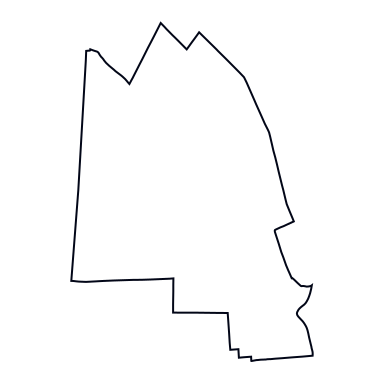 U Minh, Cà Mau, Vietnam
{"feature_id": "81297802B9286931688743", "entity_name": "U Minh", "entity_type": "district", "adm_level": 2, "iso_a3": "VNM", "parent_name": "Vietnam", "parent_adm1": "Cà Mau", "projection": "albers", "projection_center": [104.985, 9.374], "detail": "fine", "context": "isolated", "style": "outline", "palette": "ink", "viewbox_px": 384, "rotation_deg": 0, "n_neighbors": 0, "source": "geoboundaries", "source_scale": "gbopen_adm2", "svg_char_len": 2522}
<svg xmlns="http://www.w3.org/2000/svg" viewBox="0 0 384 384"><path d="M86.2,50.9L85.8,60.7L78.3,190.3L71.3,280.9L73.5,281.0L76.8,281.4L79.0,281.6L86.0,281.9L95.3,281.4L102.3,281.0L104.5,280.9L113.8,280.5L123.1,280.2L132.5,279.9L141.7,279.8L151.0,279.5L160.4,279.1L169.7,278.7L173.4,278.4L173.3,285.0L173.3,291.5L173.2,297.9L173.1,304.3L173.1,310.8L173.1,312.3L173.1,312.6L184.9,312.7L198.4,312.7L215.5,312.9L227.7,313.0L228.4,322.9L229.1,333.1L229.7,342.9L230.3,349.8L238.4,349.2L238.9,357.7L243.1,357.3L251.1,356.7L251.3,360.9L251.6,361.0L256.4,360.1L258.1,360.0L259.7,359.8L260.8,359.7L265.7,359.5L267.7,359.2L270.9,359.1L275.0,358.7L282.0,358.2L291.7,357.4L302.6,356.6L312.6,355.7L312.7,354.1L312.6,352.1L312.2,350.3L311.6,348.1L311.4,346.8L310.8,344.4L310.0,341.1L309.1,337.4L308.3,333.5L307.6,330.6L307.2,329.3L306.6,327.6L305.7,325.8L304.3,323.5L303.6,322.5L302.7,321.3L300.9,319.4L298.3,316.6L297.4,315.3L297.1,314.5L297.0,313.9L296.9,313.4L297.0,312.8L297.2,312.1L297.8,311.0L298.5,309.7L299.6,308.4L301.0,307.1L302.5,305.9L304.2,304.6L305.7,303.0L306.9,301.1L308.2,298.6L309.2,296.0L310.1,293.3L311.2,288.8L311.8,285.3L311.4,285.6L310.4,286.1L308.3,286.5L306.7,286.6L304.8,286.2L303.5,286.0L302.7,286.0L301.8,286.1L301.4,286.1L301.1,286.0L300.8,285.9L299.9,285.1L297.7,283.1L294.1,279.6L292.2,278.0L291.7,278.2L289.7,273.6L287.9,269.6L287.5,268.6L286.1,265.3L284.8,261.6L283.3,257.3L281.3,252.1L278.7,243.6L275.9,235.0L274.9,231.9L274.8,231.0L274.8,230.4L275.0,230.0L276.1,229.4L280.6,227.3L283.5,226.2L293.8,221.4L292.4,217.9L289.5,211.0L286.7,204.1L285.4,198.9L283.3,190.1L282.0,185.2L280.3,178.3L278.6,171.4L277.0,164.5L275.3,157.6L273.4,150.7L271.8,143.7L271.4,142.0L270.2,136.8L269.1,132.5L269.0,132.3L268.9,132.0L267.9,129.8L264.8,123.7L261.0,115.1L256.1,104.2L254.6,100.7L251.4,93.4L246.7,82.7L244.4,78.0L243.9,77.1L239.4,72.4L227.9,60.8L225.2,58.1L217.9,50.9L216.6,49.5L199.1,32.3L197.2,35.0L194.8,38.3L192.2,41.8L190.9,43.6L187.5,48.3L186.7,49.4L179.3,41.9L174.9,37.5L172.7,35.4L166.4,29.0L164.6,27.0L160.7,23.0L159.8,24.8L153.9,36.4L150.9,42.2L148.0,47.7L142.2,59.3L139.4,64.7L133.6,76.1L132.6,78.1L131.8,79.5L129.4,84.0L127.8,82.2L127.0,81.2L126.4,80.5L125.2,79.1L122.6,76.7L121.2,75.5L115.5,71.2L114.0,69.8L109.3,65.9L107.6,64.3L106.1,62.9L105.2,61.8L103.9,60.2L103.6,59.6L102.2,57.9L101.0,56.7L99.6,54.7L98.6,52.9L98.0,52.3L97.6,51.9L96.7,51.5L96.0,51.3L94.4,50.8L92.1,50.0L90.3,49.3L90.2,50.1L90.1,50.4L90.0,50.5L89.4,50.7L88.2,50.7L86.2,50.9Z" fill="none" stroke="#020617" stroke-width="2"/></svg>